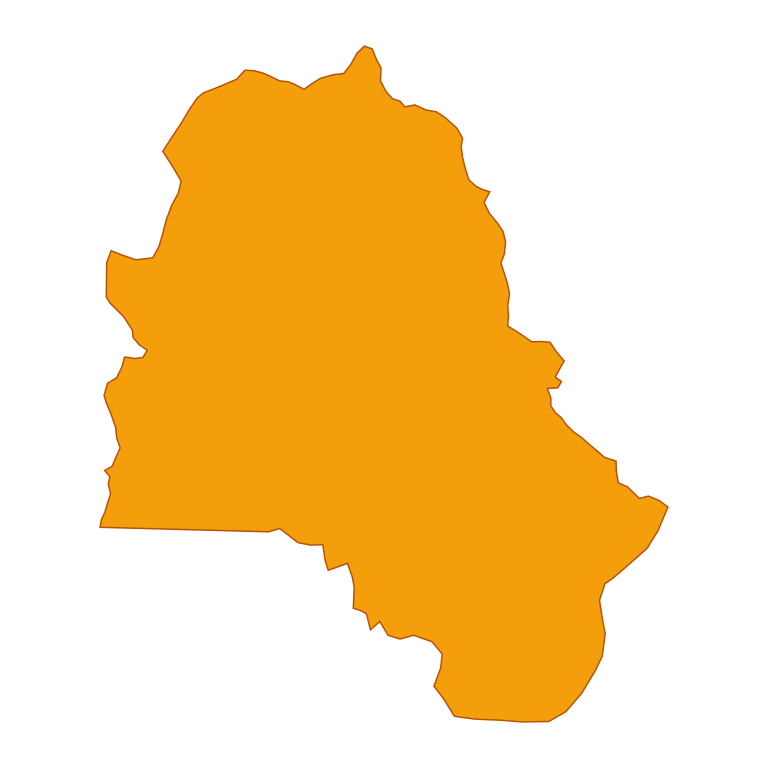 São Francisco de Goiás, Goiás, Brazil (Albers equal-area conic projection)
{"feature_id": "56859067B73146836440208", "entity_name": "São Francisco de Goiás", "entity_type": "district", "adm_level": 2, "iso_a3": "BRA", "parent_name": "Brazil", "parent_adm1": "Goiás", "projection": "albers", "projection_center": [-49.255, -15.95], "detail": "fine", "context": "isolated", "style": "filled", "palette": "amber", "viewbox_px": 768, "rotation_deg": 0, "n_neighbors": 0, "source": "geoboundaries", "source_scale": "gbopen_adm2", "svg_char_len": 2170}
<svg xmlns="http://www.w3.org/2000/svg" viewBox="0 0 768 768"><path d="M106.7,262.6L106.3,296.9L110.2,303.3L123.6,316.6L132.3,330.0L133.1,337.5L139.2,344.7L147.2,350.3L142.9,357.4L135.0,358.5L124.6,357.0L121.9,367.0L116.7,377.7L107.5,383.3L104.1,395.5L106.3,402.8L110.7,413.3L115.6,427.2L116.8,438.4L120.2,447.9L116.0,457.1L112.2,466.2L104.6,470.5L109.8,476.6L108.3,484.5L110.6,493.6L107.3,504.0L104.9,512.2L101.5,519.4L100.0,527.3L268.7,531.8L279.7,528.5L298.1,542.7L311.0,545.1L322.8,544.7L325.2,560.7L328.2,570.3L347.6,563.3L352.5,577.7L354.2,587.3L353.3,608.3L360.0,610.3L366.4,613.7L370.5,629.8L379.8,621.5L388.1,635.3L400.0,639.0L413.7,635.3L432.1,641.8L442.2,654.0L440.7,667.9L433.9,686.2L443.4,698.5L454.5,716.3L474.7,719.1L500.6,720.2L521.7,721.9L548.8,721.5L565.9,711.6L581.7,693.3L595.3,670.7L602.2,656.3L605.2,633.5L602.5,619.8L599.5,600.3L604.9,583.8L612.5,578.5L622.7,569.9L647.3,548.1L658.0,530.6L664.4,515.4L668.0,507.1L659.5,500.7L648.5,496.1L639.3,498.4L627.5,486.9L618.3,482.9L616.4,471.8L616.0,461.1L604.5,457.4L597.2,451.0L589.6,444.7L581.6,437.6L573.7,432.0L566.0,424.4L561.4,417.8L555.3,412.6L550.8,405.8L550.8,397.8L547.3,388.4L557.7,387.9L561.5,381.5L555.3,377.2L559.6,368.9L564.2,361.0L556.1,351.4L550.0,342.2L539.7,341.5L531.7,341.9L524.4,336.7L517.2,331.9L507.7,326.0L508.5,315.2L507.7,306.0L509.5,293.8L507.3,283.1L504.2,273.1L500.9,263.2L504.3,254.0L505.6,242.1L503.1,231.5L497.8,223.6L489.3,213.2L484.1,202.5L489.7,191.7L482.9,189.7L475.9,186.3L468.8,179.8L464.9,167.2L462.5,156.9L461.2,147.0L462.5,138.1L456.9,128.2L445.0,117.4L436.3,111.8L426.1,110.0L414.9,104.9L404.9,106.9L400.0,101.2L392.7,98.8L386.3,92.0L380.5,80.9L381.0,67.9L376.3,59.1L372.2,48.9L364.4,46.1L356.8,53.5L350.7,64.6L343.7,73.5L333.2,74.7L320.5,78.3L311.3,84.1L304.0,89.3L294.9,84.5L288.1,81.7L279.7,80.9L270.8,76.6L262.8,73.0L254.0,70.7L244.9,70.2L236.9,79.1L224.2,84.6L213.5,89.0L203.2,93.0L197.1,98.1L189.8,108.8L180.6,124.2L172.3,136.6L162.8,151.3L167.7,158.8L173.5,168.0L181.1,181.0L178.4,192.9L171.9,204.9L166.2,220.0L162.4,235.0L158.9,246.6L152.8,257.8L136.0,259.8L121.9,255.0L111.2,250.7L106.7,262.6Z" fill="#f59e0b" stroke="#b45309" stroke-width="1.5"/></svg>